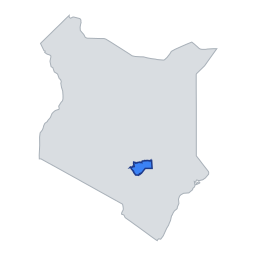 location of Kitui East, Eastern, Kenya
{"feature_id": "3690345B42600282373755", "entity_name": "Kitui East", "entity_type": "district", "adm_level": 2, "iso_a3": "KEN", "parent_name": "Kenya", "parent_adm1": "Eastern", "projection": "albers", "projection_center": [38.352, -1.41], "detail": "fine", "context": "in_parent", "style": "filled", "palette": "blue", "viewbox_px": 256, "rotation_deg": 0, "n_neighbors": 0, "source": "geoboundaries", "source_scale": "gbopen_adm2", "svg_char_len": 5019}
<svg xmlns="http://www.w3.org/2000/svg" viewBox="0 0 256 256"><path d="M39.3,158.9L39.2,155.2L39.7,145.5L39.6,137.1L40.1,132.9L42.2,130.2L43.1,128.2L43.8,125.5L44.9,123.3L47.4,121.5L47.8,120.5L50.4,117.5L52.0,113.6L53.2,112.3L54.7,111.0L55.7,110.4L57.4,109.8L58.8,109.4L59.0,109.1L59.2,108.5L58.7,106.1L59.3,105.3L60.2,103.7L61.2,102.2L62.2,101.2L62.7,100.2L63.0,98.6L63.0,97.4L63.0,95.4L62.7,91.0L61.5,87.3L60.8,83.1L61.3,81.8L60.5,79.3L60.0,79.2L59.3,78.7L58.4,76.4L57.7,74.3L57.3,73.8L54.3,71.9L52.8,67.6L51.1,66.7L50.2,62.4L50.0,61.2L50.9,56.9L50.8,55.9L49.8,55.0L47.0,54.1L44.7,52.4L45.0,51.8L45.2,51.1L44.0,50.7L40.5,43.4L45.0,39.0L49.5,34.6L55.2,29.0L60.6,23.8L65.1,19.3L69.2,15.4L69.1,16.1L69.2,17.1L69.7,17.7L70.5,18.2L71.7,17.7L72.7,17.1L73.7,17.0L79.9,18.6L80.9,20.0L80.9,21.6L81.1,22.7L80.7,23.8L80.1,27.2L80.3,30.4L82.2,32.7L83.8,34.5L85.1,37.1L86.1,37.8L87.4,38.2L91.7,38.3L97.9,38.5L104.0,38.6L104.5,38.7L105.8,39.1L111.4,42.5L116.4,45.7L120.7,48.4L124.9,51.1L129.0,53.7L132.1,55.8L135.2,56.5L140.3,56.8L143.7,56.9L147.0,57.8L151.8,58.7L155.3,59.1L157.5,59.6L163.5,60.1L164.5,59.8L167.1,57.4L170.1,53.5L171.3,51.4L175.1,49.3L181.8,46.3L186.6,44.2L191.8,42.1L194.2,44.0L197.5,46.9L199.0,48.3L200.2,49.0L202.0,49.4L204.2,49.4L205.4,49.4L207.8,49.0L213.5,48.7L216.8,48.7L214.0,52.6L210.7,57.2L204.6,65.8L200.0,70.3L196.5,73.7L196.2,74.3L196.2,78.1L196.2,87.4L196.3,106.1L196.3,124.7L196.3,143.4L196.3,152.8L196.3,155.9L199.4,159.8L202.3,163.7L206.3,168.8L208.4,171.5L208.7,172.4L208.6,174.2L205.3,178.0L202.7,179.8L199.1,180.6L198.1,180.4L196.7,179.9L196.1,180.8L195.7,182.2L194.9,181.9L194.3,181.5L194.7,184.0L195.0,185.3L194.5,186.9L192.8,188.4L192.6,189.7L188.8,192.9L183.5,193.3L180.7,194.9L179.5,196.2L178.5,199.1L178.9,203.5L177.4,207.0L177.1,208.7L174.4,210.9L173.1,212.9L172.2,215.0L171.5,215.9L170.5,220.5L169.2,223.4L168.9,224.3L168.6,225.1L167.6,226.8L166.9,227.9L166.5,228.7L163.2,235.9L160.7,239.2L158.7,238.8L157.4,240.0L157.3,240.6L156.6,240.3L154.9,239.1L151.5,236.7L148.1,234.2L144.7,231.7L141.4,229.3L138.0,226.8L134.6,224.4L131.2,221.9L127.8,219.5L125.8,218.1L124.9,217.2L124.2,215.5L123.9,215.1L122.9,214.6L121.9,214.4L121.6,214.1L121.6,213.3L122.0,212.1L123.2,209.9L123.3,208.5L123.1,207.0L122.7,204.6L122.4,204.1L120.1,202.8L115.4,200.2L110.7,197.6L105.9,194.9L101.2,192.3L96.5,189.7L91.7,187.0L87.0,184.4L82.3,181.8L77.6,179.1L72.8,176.5L68.1,173.9L63.3,171.2L58.6,168.6L53.9,166.0L49.1,163.4L44.4,160.8L42.6,159.8L41.0,158.9L39.3,158.9ZM196.6,184.5L195.8,184.7L196.2,183.4L198.7,181.8L199.6,182.1L199.8,182.5L199.8,182.9L199.4,183.2L196.6,184.5Z" fill="#d9dde1" stroke="#a8b0b8" stroke-width="1"/><path d="M151.6,160.4L151.4,160.4L151.2,160.4L151.0,160.5L150.9,160.5L150.7,160.5L150.7,160.4L150.6,160.5L150.6,160.4L150.6,160.5L150.4,160.5L150.2,160.5L149.9,160.7L149.9,160.8L149.7,160.8L149.6,160.7L149.4,160.8L149.5,160.8L149.4,160.8L149.2,160.9L148.9,160.8L148.7,160.8L148.5,160.7L148.4,160.6L148.2,160.5L147.9,160.5L147.7,160.5L147.4,160.6L147.2,160.5L146.9,160.7L146.7,160.7L146.4,160.5L145.7,160.8L145.5,160.7L145.3,160.7L145.0,160.5L144.9,160.5L144.6,160.5L144.4,160.6L144.2,160.6L144.0,160.8L143.9,160.9L143.9,161.0L142.3,161.0L141.8,162.1L141.7,162.2L141.7,162.3L141.6,162.2L141.4,162.2L141.2,162.2L141.0,162.3L140.9,162.3L140.8,162.5L140.7,162.5L140.4,162.5L140.3,162.4L140.2,162.4L139.9,162.4L139.8,162.1L139.7,162.1L139.4,162.3L139.3,162.2L139.1,162.3L138.8,162.3L138.7,162.4L137.4,162.5L137.4,162.8L137.2,162.9L136.9,162.8L136.7,162.8L136.3,162.9L136.3,163.0L136.2,163.0L135.8,163.1L135.6,163.2L135.4,163.1L135.4,162.9L135.3,162.7L135.2,162.6L135.1,162.4L134.9,162.4L133.7,162.1L133.7,162.3L133.6,162.8L133.6,163.0L133.6,163.3L133.6,163.5L133.6,163.8L133.7,164.1L133.7,164.3L133.8,164.4L133.8,164.5L133.8,164.8L133.9,165.0L133.9,165.3L134.0,165.3L134.0,165.5L134.1,166.0L134.2,166.3L134.3,166.4L134.3,166.5L134.2,166.6L133.9,166.4L133.7,166.5L133.7,166.4L133.4,166.4L133.2,166.4L133.0,166.2L132.9,166.2L132.9,166.4L132.8,166.5L132.8,166.8L132.7,167.0L132.4,167.1L132.2,167.2L131.9,167.2L132.0,167.2L131.9,167.2L131.7,167.2L131.4,167.2L131.2,167.0L130.9,167.0L130.8,166.9L130.4,167.0L130.2,167.2L130.2,167.3L130.0,167.5L130.4,167.4L130.5,167.4L130.5,167.5L130.8,167.7L130.9,167.8L131.1,167.9L131.2,168.1L131.1,168.3L131.2,168.6L131.3,168.8L131.5,169.0L131.8,169.3L132.0,169.5L132.1,169.8L132.4,170.0L132.5,170.1L132.6,170.3L132.8,170.6L132.9,170.8L133.0,170.8L133.0,171.0L133.3,171.3L133.5,171.3L133.6,171.5L133.7,171.9L133.6,172.0L133.7,172.3L133.8,172.6L134.1,172.8L134.1,173.0L134.8,173.7L134.9,174.0L135.0,174.1L135.1,174.3L135.6,175.0L137.8,175.1L138.2,175.2L138.4,175.2L138.5,175.1L138.8,175.0L138.8,174.9L138.9,174.7L139.0,174.7L139.1,174.4L139.3,174.4L139.3,174.5L139.4,174.4L139.5,174.5L139.8,174.4L140.0,174.4L140.1,174.2L140.3,174.0L140.4,173.9L140.5,173.8L140.4,173.7L140.5,173.7L140.7,173.4L140.8,173.3L140.9,173.5L141.0,173.5L141.3,173.4L144.8,168.9L145.0,168.8L145.2,168.4L152.1,168.4L151.6,160.4Z" fill="#3b82f6" stroke="#1e3a8a" stroke-width="1.5"/></svg>